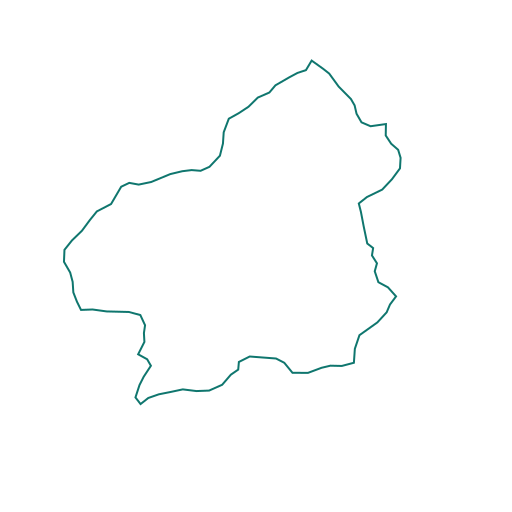 Taiaçu, São Paulo, Brazil (Equal Earth projection), rotated 240°
{"feature_id": "56859067B95605484222481", "entity_name": "Taiaçu", "entity_type": "district", "adm_level": 2, "iso_a3": "BRA", "parent_name": "Brazil", "parent_adm1": "São Paulo", "projection": "equal_earth", "projection_center": [-48.531, -21.132], "detail": "fine", "context": "isolated", "style": "outline", "palette": "teal", "viewbox_px": 512, "rotation_deg": 240, "n_neighbors": 0, "source": "geoboundaries", "source_scale": "gbopen_adm2", "svg_char_len": 1363}
<svg xmlns="http://www.w3.org/2000/svg" viewBox="0 0 512 512"><g transform="rotate(240 256 256)"><path d="M185.5,82.0L186.9,91.7L184.8,102.7L181.1,113.6L177.1,125.9L168.8,136.9L162.9,148.1L161.4,162.3L165.8,174.9L166.5,183.8L172.8,188.2L172.1,200.3L157.2,222.1L149.4,227.1L136.6,229.2L128.8,242.6L126.4,256.9L123.8,265.6L117.9,275.3L114.6,287.4L126.2,295.2L135.7,306.0L137.8,327.9L141.9,341.0L147.0,347.8L151.0,357.1L162.9,354.6L172.1,348.9L183.4,351.2L189.2,357.1L198.5,356.7L204.3,361.4L211.2,358.6L227.9,364.1L241.7,368.9L250.1,371.3L251.6,381.6L250.4,398.5L254.5,412.1L259.9,424.5L268.7,430.3L276.9,432.2L285.6,429.2L295.5,428.6L305.3,434.5L311.1,420.1L319.0,414.2L328.9,414.2L337.1,416.7L344.5,416.7L361.4,412.3L377.4,410.6L384.4,407.8L397.4,401.9L392.0,392.2L393.8,383.5L394.1,374.2L394.1,358.2L390.9,349.3L392.3,336.8L389.0,324.1L388.3,312.3L388.5,301.1L379.3,289.9L369.9,283.6L360.9,274.9L356.5,260.3L357.5,250.6L362.6,243.2L366.3,234.5L369.8,222.7L372.5,202.2L376.5,190.1L382.7,182.8L383.4,173.9L373.5,156.5L374.2,140.5L370.2,130.1L364.9,117.9L361.5,104.4L357.1,93.2L347.0,86.8L334.6,86.8L325.3,84.3L315.8,79.6L306.0,78.1L296.8,77.5L291.4,87.7L282.7,98.9L271.1,117.9L262.7,126.3L251.5,125.3L245.3,120.4L237.4,116.4L229.8,104.8L221.0,110.1L213.5,110.1L207.6,98.4L202.5,90.6L193.8,80.9L185.5,82.0Z" fill="none" stroke="#0f766e" stroke-width="2"/></g></svg>